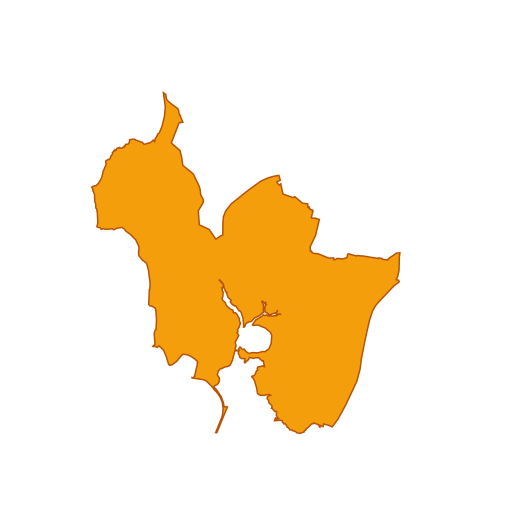 ÅrÄkei Local Board Area, Auckland, New Zealand, rotated 245°
{"feature_id": "76426892B76499292811538", "entity_name": "ÅrÄkei Local Board Area", "entity_type": "district", "adm_level": 2, "iso_a3": "NZL", "parent_name": "New Zealand", "parent_adm1": "Auckland", "projection": "mercator", "projection_center": [174.831, -36.875], "detail": "fine", "context": "isolated", "style": "filled", "palette": "amber", "viewbox_px": 512, "rotation_deg": 245, "n_neighbors": 0, "source": "geoboundaries", "source_scale": "gbopen_adm2", "svg_char_len": 6120}
<svg xmlns="http://www.w3.org/2000/svg" viewBox="0 0 512 512"><g transform="rotate(245 256 256)"><path d="M112.4,145.8L131.3,166.3L133.0,163.4L137.1,164.5L142.8,165.0L150.2,164.0L155.2,162.6L155.9,163.6L155.8,166.6L157.0,168.7L158.8,170.3L161.0,171.3L164.7,170.6L167.8,173.5L168.9,176.3L168.4,177.4L168.6,180.4L167.7,184.8L168.1,186.7L171.4,190.5L179.0,196.8L177.2,200.3L175.5,198.8L172.5,198.9L171.5,198.4L169.2,199.4L167.7,202.5L164.5,200.5L163.9,200.7L163.9,201.7L164.9,202.8L164.7,204.0L165.6,205.9L166.8,207.2L164.1,210.6L164.3,211.5L162.8,215.4L158.6,217.0L157.9,217.7L158.3,218.0L158.0,218.3L152.2,216.9L153.6,215.6L154.6,210.5L153.4,209.5L152.0,209.5L151.8,208.0L149.3,205.4L148.4,203.6L148.8,201.6L148.3,201.0L146.8,201.7L143.5,201.9L136.3,200.8L130.8,199.3L129.2,200.0L127.7,201.4L126.4,204.2L125.0,209.3L123.8,210.2L124.1,208.9L123.7,208.6L123.6,206.9L122.2,205.8L119.5,206.3L117.4,205.7L114.0,207.0L112.4,206.8L111.5,205.7L111.2,206.1L107.3,207.3L106.3,208.9L103.0,207.1L100.4,207.2L99.2,207.7L99.5,206.0L99.9,206.1L101.0,205.2L98.9,203.2L96.9,208.4L95.8,210.2L94.6,209.8L91.9,210.4L91.9,211.4L88.9,212.1L87.6,211.9L86.9,212.8L84.3,213.1L83.1,215.2L82.4,215.2L80.3,217.6L78.6,218.2L76.7,220.8L76.2,225.3L76.9,225.6L77.3,227.7L78.0,228.0L78.3,228.9L79.0,232.2L80.3,235.4L79.8,237.3L80.3,237.9L76.1,241.8L75.6,241.3L75.0,242.0L74.2,241.3L73.8,241.6L75.0,242.9L73.0,244.7L75.2,246.3L71.8,250.4L68.9,252.8L73.2,260.9L82.7,273.9L99.8,294.4L109.6,302.6L118.5,308.2L134.9,320.2L149.9,331.8L156.7,338.2L160.5,343.4L162.9,348.9L170.7,368.5L172.0,374.9L173.8,375.0L175.2,373.1L177.5,375.7L182.4,379.5L194.7,385.6L198.1,387.8L199.2,384.6L199.2,383.4L198.6,381.3L198.0,376.7L197.3,374.3L196.7,373.6L199.8,369.0L200.6,369.1L202.4,366.4L201.9,366.0L211.2,352.4L211.2,352.0L213.4,348.5L213.7,346.9L218.9,340.7L218.8,339.8L216.3,337.9L216.1,337.4L216.7,333.4L219.5,328.5L219.2,326.4L219.7,325.1L221.5,325.6L223.3,321.1L231.9,313.1L233.9,309.6L235.2,308.3L237.0,308.3L237.3,307.4L241.5,309.0L249.4,318.6L262.4,328.9L264.7,325.9L265.0,326.1L266.9,322.4L267.4,322.3L272.2,326.3L272.6,326.0L273.4,326.9L275.4,324.8L276.6,324.9L276.8,324.3L278.1,324.9L278.6,323.7L281.4,324.9L284.3,320.4L293.4,316.2L293.1,314.4L300.8,306.6L310.9,308.9L310.3,307.1L312.6,306.3L314.3,306.2L314.5,310.1L319.4,310.8L321.0,304.7L321.7,299.5L321.8,291.9L318.8,276.4L313.7,255.5L309.5,247.4L305.3,243.0L300.8,240.4L289.0,234.7L289.2,232.5L288.2,226.7L299.8,224.8L308.2,217.8L321.3,222.8L326.7,230.6L328.1,231.7L330.0,232.1L334.6,231.7L339.7,233.4L343.7,234.0L356.9,233.8L369.1,228.0L376.8,230.3L383.7,231.7L393.5,227.3L394.5,227.3L408.8,242.1L409.2,242.6L408.2,246.3L413.8,246.4L415.2,246.9L416.0,246.5L418.7,246.6L420.1,247.3L422.7,247.4L429.9,243.4L434.5,241.4L435.8,241.2L440.7,242.5L443.1,241.1L429.4,236.8L421.2,232.0L413.0,225.4L408.4,220.3L408.0,218.3L407.1,217.6L404.7,214.0L402.4,212.6L402.5,212.2L403.9,212.4L404.5,211.8L403.8,209.9L403.4,206.9L404.0,205.6L404.1,203.2L404.7,201.7L407.3,200.9L407.5,200.1L408.5,199.6L411.9,196.0L413.2,195.3L414.1,193.2L414.8,190.6L413.5,190.0L411.7,188.1L411.5,187.1L412.3,185.0L411.1,184.0L411.5,183.4L410.7,183.2L410.4,182.2L410.8,181.8L410.3,180.8L410.7,179.1L412.0,178.1L411.6,177.4L412.3,176.9L412.3,175.4L411.0,173.8L411.0,173.3L411.8,173.1L411.1,172.5L411.6,171.9L410.8,171.0L410.5,169.6L408.9,168.9L407.9,166.7L406.0,165.0L405.6,163.6L406.0,162.9L405.7,162.4L405.9,160.4L404.3,159.3L403.4,159.5L401.6,158.1L397.4,153.3L392.5,149.5L388.6,144.3L387.4,141.0L388.1,137.5L387.8,136.2L385.6,136.5L384.2,135.8L380.1,135.7L373.8,133.0L370.5,132.6L367.2,131.1L366.1,131.5L362.1,130.4L352.9,126.6L349.8,124.2L348.9,124.7L347.5,126.7L345.5,127.0L345.5,128.6L343.5,131.5L341.3,137.4L340.0,138.0L339.9,141.9L338.6,146.6L335.6,148.2L333.1,148.7L328.7,151.3L321.5,153.8L314.8,153.9L313.0,153.5L307.8,150.5L305.9,150.0L300.7,151.1L295.7,153.8L288.9,152.6L276.3,148.6L272.0,146.4L270.2,145.2L270.4,145.0L257.5,138.3L255.8,138.7L254.2,140.7L251.3,142.7L247.5,141.7L240.3,138.9L231.5,134.2L230.9,132.5L228.4,130.8L218.6,127.1L217.7,124.2L217.3,124.5L216.7,126.3L214.8,128.1L215.7,129.8L215.3,130.2L209.9,132.4L203.2,132.2L194.7,131.0L193.4,131.6L192.9,133.9L193.9,139.3L197.3,146.4L197.8,148.5L195.4,152.1L192.9,154.3L188.6,157.0L185.0,158.4L181.5,156.2L173.0,149.5L173.1,149.1L171.8,148.1L172.9,146.6L172.5,146.5L166.0,156.2L163.9,158.1L154.7,161.4L153.8,161.2L147.8,163.2L142.7,163.9L137.3,163.5L132.3,162.0L127.3,159.3L124.2,156.8L113.0,144.8L112.4,145.8ZM179.4,197.6L180.7,197.8L183.0,200.0L186.6,200.7L191.3,206.8L194.6,206.4L194.8,207.5L197.1,208.3L198.6,210.6L201.6,213.4L204.7,213.7L206.3,214.6L208.4,214.1L210.9,214.2L213.4,213.3L214.0,211.5L216.6,212.2L219.0,210.1L223.9,208.2L226.9,208.5L228.9,207.4L231.0,207.1L231.9,207.2L233.3,208.9L237.2,211.0L238.6,210.7L240.7,211.7L241.4,211.5L241.2,212.0L241.8,213.0L243.5,214.2L245.1,214.2L247.2,213.2L248.6,213.3L249.3,212.5L249.8,212.7L250.2,213.4L249.4,212.6L248.7,213.5L247.3,213.5L247.1,213.9L244.4,214.5L239.9,213.5L238.7,213.9L237.6,213.3L235.8,213.6L235.7,214.1L235.2,214.3L234.4,213.6L230.3,213.1L226.4,214.8L225.4,213.4L223.5,213.6L221.1,214.5L220.9,215.0L219.9,215.4L219.6,216.5L213.4,217.5L212.7,218.4L211.1,218.7L205.2,218.0L197.7,215.2L197.5,215.5L196.8,214.8L196.6,215.8L199.0,218.2L199.3,221.9L198.7,223.5L198.8,224.7L200.4,228.4L200.6,234.3L201.6,237.3L201.7,238.4L201.4,239.0L203.6,239.4L206.5,241.4L209.0,242.1L212.0,241.9L212.4,242.8L209.7,243.8L210.1,245.7L208.7,244.0L207.6,244.9L207.7,245.6L207.5,244.0L206.1,242.6L202.4,240.7L200.2,241.3L199.4,242.2L197.3,243.1L196.8,244.1L196.2,250.6L197.9,253.0L196.1,251.1L195.2,249.5L194.2,250.5L193.3,253.3L192.9,253.4L193.6,251.7L193.3,249.0L194.3,247.1L194.5,245.4L195.4,244.5L196.3,241.9L198.2,240.8L198.1,239.2L199.7,237.6L198.9,236.0L198.2,228.9L195.1,223.6L194.3,224.0L192.8,228.4L186.6,234.1L180.5,236.9L177.1,236.6L170.4,232.8L166.4,228.5L166.1,227.2L166.0,225.3L165.4,224.0L166.6,221.7L167.5,216.5L170.1,211.7L170.7,208.3L173.8,206.5L176.6,206.0L176.7,205.1L177.3,204.1L180.1,203.3L180.3,202.9L179.1,201.2L177.8,200.7L179.4,197.6Z" fill="#f59e0b" stroke="#b45309" stroke-width="1.5"/></g></svg>